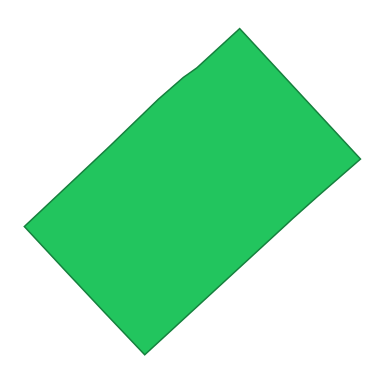 Greene, Indiana, United States of America, rotated 137°
{"feature_id": "52423323B68653933652914", "entity_name": "Greene", "entity_type": "district", "adm_level": 2, "iso_a3": "USA", "parent_name": "United States of America", "parent_adm1": "Indiana", "projection": "orthographic", "projection_center": [-86.97, 39.037], "detail": "fine", "context": "isolated", "style": "filled", "palette": "green", "viewbox_px": 384, "rotation_deg": 137, "n_neighbors": 0, "source": "geoboundaries", "source_scale": "gbopen_adm2", "svg_char_len": 348}
<svg xmlns="http://www.w3.org/2000/svg" viewBox="0 0 384 384"><g transform="rotate(137 192 192)"><path d="M338.3,222.0L338.1,163.1L337.6,105.2L143.5,103.9L136.4,103.9L104.7,103.2L46.3,101.2L46.1,160.1L45.7,279.0L103.9,279.5L120.2,281.7L153.4,282.8L222.2,281.6L338.2,281.1L338.3,222.0Z" fill="#22c55e" stroke="#15803d" stroke-width="1.5"/></g></svg>